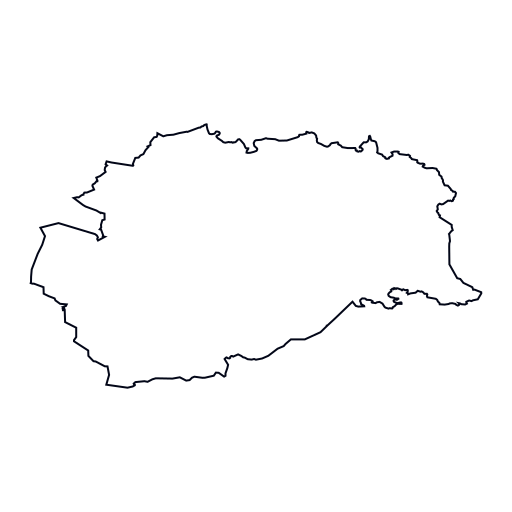 Aglonas pag., Aglonas, Latvia (Robinson projection)
{"feature_id": "27541924B99650716324046", "entity_name": "Aglonas pag.", "entity_type": "district", "adm_level": 2, "iso_a3": "LVA", "parent_name": "Latvia", "parent_adm1": "Aglonas", "projection": "robinson", "projection_center": [27.042, 56.116], "detail": "fine", "context": "isolated", "style": "outline", "palette": "ink", "viewbox_px": 512, "rotation_deg": 0, "n_neighbors": 0, "source": "geoboundaries", "source_scale": "gbopen_adm2", "svg_char_len": 6065}
<svg xmlns="http://www.w3.org/2000/svg" viewBox="0 0 512 512"><path d="M481.2,292.2L474.5,289.6L473.2,289.8L472.3,287.2L463.4,282.9L460.3,279.0L457.2,278.2L449.4,264.4L449.2,246.6L449.3,243.4L450.0,241.1L449.2,234.3L449.0,234.0L451.3,231.2L452.7,230.2L451.7,226.9L451.7,224.9L439.6,217.2L440.0,215.4L438.9,214.9L438.2,212.9L437.5,212.5L436.7,211.0L437.8,209.4L437.3,206.3L438.3,204.6L439.6,203.7L441.4,204.4L443.1,204.1L448.1,200.6L449.3,200.9L450.3,200.5L451.6,201.2L452.7,200.9L453.0,200.5L453.0,199.5L453.7,199.2L453.8,197.7L455.2,196.4L456.0,193.1L455.0,191.8L452.9,191.6L452.6,190.9L451.0,189.9L450.8,189.1L447.9,185.7L444.6,185.3L442.9,181.6L443.0,180.5L442.7,179.5L441.8,178.3L441.5,176.6L439.2,174.8L439.0,172.2L436.9,170.0L436.7,169.1L436.3,168.7L432.5,168.0L426.6,168.3L424.6,167.7L422.7,166.6L423.0,165.8L424.5,164.8L424.2,164.0L422.9,163.6L420.1,163.7L417.6,162.7L417.2,162.2L417.4,161.2L417.1,160.2L411.8,159.1L411.3,158.2L409.7,156.9L410.0,155.9L409.8,155.7L408.3,154.7L406.8,155.0L399.6,154.1L398.3,152.9L398.6,151.8L397.7,151.5L394.2,151.5L391.5,152.5L392.6,154.2L392.5,155.7L389.5,157.2L388.9,157.7L388.9,158.4L386.9,158.9L385.9,158.6L385.3,158.2L385.4,157.5L385.0,157.1L383.1,156.2L382.1,154.6L378.2,153.3L377.1,152.4L377.5,151.2L377.5,147.9L376.2,142.7L375.7,141.8L374.6,141.2L371.4,140.5L370.8,139.0L370.2,136.5L369.8,135.9L369.0,136.3L368.8,139.3L367.6,141.5L366.2,142.3L363.7,142.3L359.8,146.6L359.6,147.3L359.8,147.6L361.0,147.5L362.7,149.2L362.4,150.2L360.8,151.5L359.7,151.1L358.5,151.7L357.2,151.4L356.9,150.6L356.1,150.7L355.6,150.0L355.6,148.6L355.2,148.0L347.9,148.1L342.2,147.2L340.8,145.6L338.2,144.3L338.3,143.2L337.7,142.3L331.6,143.2L330.5,144.1L329.8,145.3L327.8,146.6L326.9,146.7L324.3,145.9L321.0,144.0L318.2,143.0L317.1,142.0L316.8,140.2L317.1,138.7L316.4,137.7L316.1,135.5L314.3,133.4L311.7,132.4L309.1,133.0L308.7,132.5L306.7,131.8L306.2,132.2L306.4,133.6L302.4,134.7L299.4,134.8L299.1,135.2L299.0,136.3L297.6,137.2L286.9,140.5L279.0,140.7L275.2,139.2L267.4,138.7L266.0,138.2L261.2,139.8L256.0,140.2L254.7,141.0L253.7,143.1L254.3,145.9L257.1,148.5L257.2,149.5L256.8,150.4L256.4,150.9L253.7,151.9L250.1,152.8L247.6,152.9L246.5,152.6L246.8,151.0L248.3,148.8L248.3,148.3L246.2,148.3L245.4,147.5L243.9,144.0L240.2,139.8L239.4,139.2L238.1,139.4L236.0,141.7L234.9,142.3L233.5,142.3L233.0,142.7L232.4,142.7L231.7,142.1L230.0,142.3L228.8,142.0L225.3,142.7L223.3,142.2L221.9,140.9L217.9,138.3L216.5,136.7L216.4,136.3L216.8,135.6L218.9,134.8L219.7,133.6L219.7,132.9L219.1,132.1L217.7,131.6L216.4,131.5L215.9,131.7L214.9,133.3L214.3,133.7L211.9,134.2L209.8,134.0L209.0,133.3L207.5,129.5L206.7,125.9L206.7,124.4L206.4,124.3L204.3,125.0L203.2,126.1L201.5,126.5L200.4,127.5L198.7,127.7L187.5,131.9L186.7,131.7L179.2,133.1L173.4,134.7L167.0,135.2L163.3,136.3L157.4,133.2L157.3,135.5L156.6,136.9L154.1,137.3L150.3,142.2L150.5,145.1L147.6,146.4L148.3,147.1L145.5,150.2L143.4,154.1L140.5,155.4L138.6,157.6L135.3,157.9L132.9,163.9L133.3,165.4L132.9,165.8L111.5,162.5L106.6,161.4L105.6,164.3L107.1,165.5L105.7,166.6L105.0,167.8L104.7,170.0L105.6,171.9L100.0,176.1L96.3,177.6L97.5,180.9L97.4,181.2L96.7,181.0L94.8,183.3L92.7,184.6L92.4,185.8L94.1,189.6L87.0,192.5L84.4,192.6L83.3,194.3L83.4,194.7L81.6,195.2L78.7,197.4L77.1,197.2L73.7,198.0L83.0,205.0L85.5,206.5L96.4,210.5L100.6,213.0L100.8,212.6L104.5,213.6L104.6,219.5L102.3,220.2L101.0,224.8L101.2,227.4L99.8,229.3L101.1,229.6L103.1,235.2L102.8,236.3L104.9,236.8L98.0,240.5L97.2,239.0L97.9,237.3L96.9,235.5L95.0,234.1L58.5,223.1L40.4,227.7L45.0,236.1L42.2,244.8L37.7,253.8L31.7,269.5L31.1,276.6L31.0,282.0L30.7,283.1L32.4,283.7L34.0,283.7L43.5,287.2L43.7,293.7L48.8,296.2L54.6,298.4L55.4,300.4L60.1,303.8L66.7,304.4L65.9,306.0L63.0,307.0L63.9,307.5L64.3,308.7L63.6,309.0L62.9,308.4L62.6,308.8L63.2,309.8L63.1,310.2L64.7,310.2L65.1,322.1L76.2,327.7L76.2,337.1L74.0,340.1L74.0,341.3L88.2,350.5L88.4,355.9L93.5,361.2L95.7,361.5L104.8,366.3L107.5,366.4L109.1,374.9L106.3,384.7L127.5,387.7L132.7,386.5L134.8,385.3L134.8,384.7L133.9,384.1L133.7,383.6L135.4,382.1L144.4,381.2L147.6,381.8L152.4,379.3L155.8,378.3L172.5,378.6L179.8,377.3L186.2,380.6L189.6,380.1L192.0,377.7L194.4,376.7L202.5,377.8L205.0,377.7L213.8,375.7L215.9,372.6L218.7,372.8L224.1,376.6L225.5,375.8L225.5,373.3L227.3,368.2L228.1,364.8L224.6,359.0L225.9,357.7L226.6,357.4L227.8,358.2L229.5,358.4L230.2,357.8L230.2,357.0L231.3,356.0L232.1,356.0L233.2,356.6L238.1,354.4L241.4,356.0L243.1,357.3L244.7,357.6L247.7,359.2L251.7,359.6L254.1,359.0L255.9,359.7L262.1,358.5L268.3,355.8L277.6,348.7L283.7,346.1L285.5,344.0L290.9,339.4L304.8,339.4L320.5,332.2L326.9,326.0L326.8,325.6L327.6,325.3L335.3,318.2L352.5,301.7L355.8,305.9L358.3,306.6L364.2,306.3L364.1,305.8L361.1,304.1L360.9,302.9L360.1,301.0L360.3,300.0L362.2,298.4L364.7,298.5L365.6,298.8L366.5,299.8L370.1,300.0L371.4,300.5L372.6,301.3L371.9,302.5L372.3,302.7L375.6,303.1L376.9,302.3L379.6,301.9L382.5,303.6L384.5,306.8L385.4,307.6L388.5,308.6L389.6,308.2L392.1,308.5L392.5,308.2L392.8,307.2L394.6,306.2L396.2,304.5L397.7,303.8L401.5,303.9L401.6,303.1L401.3,302.5L400.3,302.4L397.8,303.1L396.5,302.9L394.1,301.9L393.6,301.1L393.6,300.5L394.8,299.4L396.9,299.8L398.4,298.8L398.3,298.5L395.2,298.4L393.8,297.7L390.6,297.2L388.7,295.9L388.2,294.5L388.5,293.6L389.7,292.3L391.3,291.4L391.5,290.3L391.0,289.9L392.4,288.7L393.5,288.8L393.8,289.2L394.7,288.6L394.6,288.2L395.9,288.5L396.1,288.9L396.5,288.7L396.2,288.5L396.5,288.3L397.5,288.3L401.4,289.7L402.0,290.3L403.2,289.3L405.2,290.2L407.3,289.9L407.7,290.1L407.8,290.8L407.6,291.7L406.8,292.8L408.0,293.4L408.1,294.3L410.5,293.4L415.6,292.7L417.7,290.8L420.5,291.7L421.6,291.4L423.3,292.4L424.4,293.8L426.9,293.8L427.3,294.4L426.9,296.1L427.4,297.3L435.8,298.8L437.2,299.9L437.9,301.5L439.4,302.9L439.7,304.3L444.7,304.6L448.6,304.0L449.8,303.4L452.2,303.2L455.4,303.9L456.2,304.8L457.9,305.6L459.1,304.8L459.2,303.5L458.9,303.2L459.9,303.4L461.4,304.2L465.1,304.5L466.9,303.6L466.4,302.7L466.3,301.8L469.1,300.5L471.5,301.1L473.0,300.3L477.8,299.3L481.3,293.4L481.2,292.2Z" fill="none" stroke="#020617" stroke-width="2"/></svg>